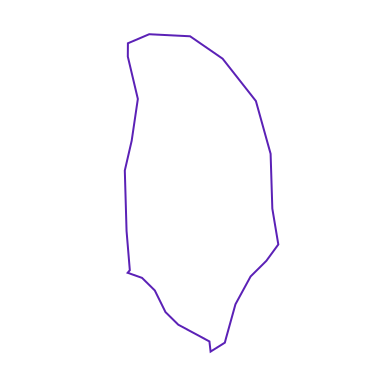 Malmö, Skåne, Sweden, rotated 103°
{"feature_id": "70781695B15028769687560", "entity_name": "Malmö", "entity_type": "district", "adm_level": 2, "iso_a3": "SWE", "parent_name": "Sweden", "parent_adm1": "Skåne", "projection": "natural_earth1", "projection_center": [13.073, 55.586], "detail": "fine", "context": "isolated", "style": "outline", "palette": "violet", "viewbox_px": 384, "rotation_deg": 103, "n_neighbors": 0, "source": "geoboundaries", "source_scale": "gbopen_adm2", "svg_char_len": 483}
<svg xmlns="http://www.w3.org/2000/svg" viewBox="0 0 384 384"><g transform="rotate(103 192 192)"><path d="M285.2,236.5L286.9,221.4L296.3,206.1L315.0,190.8L324.4,175.5L333.7,141.4L343.3,138.0L331.4,126.1L327.6,126.0L291.6,124.4L261.1,115.9L242.4,104.1L223.7,96.1L190.1,110.0L137.1,124.0L89.0,150.2L55.2,192.2L40.7,228.9L47.9,269.2L61.5,287.9L74.5,285.0L113.5,265.7L155.7,262.3L186.2,262.3L244.7,247.0L282.2,235.0L285.2,236.5Z" fill="none" stroke="#5b21b6" stroke-width="2"/></g></svg>